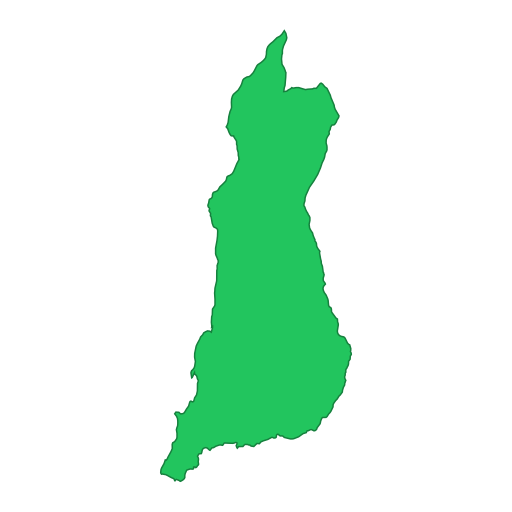 outline of Sibundoy, Putumayo, Colombia
{"feature_id": "7082276B87047054998240", "entity_name": "Sibundoy", "entity_type": "district", "adm_level": 2, "iso_a3": "COL", "parent_name": "Colombia", "parent_adm1": "Putumayo", "projection": "equal_earth", "projection_center": [-76.909, 1.238], "detail": "fine", "context": "isolated", "style": "filled", "palette": "green", "viewbox_px": 512, "rotation_deg": 0, "n_neighbors": 0, "source": "geoboundaries", "source_scale": "gbopen_adm2", "svg_char_len": 6062}
<svg xmlns="http://www.w3.org/2000/svg" viewBox="0 0 512 512"><path d="M226.2,126.9L227.7,128.7L229.1,132.5L230.1,134.4L231.0,135.6L231.9,135.9L233.6,135.9L233.9,136.9L236.4,140.8L236.6,141.9L236.6,144.4L237.1,145.7L237.2,149.1L238.2,152.5L238.3,155.6L238.8,157.2L238.8,159.0L239.2,159.3L236.9,163.5L233.7,171.3L232.2,173.7L230.0,175.3L228.1,176.0L227.1,176.7L226.8,177.5L226.4,179.5L225.7,181.1L222.4,184.5L219.9,186.8L218.2,189.8L217.4,190.7L216.1,191.4L213.6,192.3L213.1,192.8L212.5,194.3L212.3,196.7L211.9,197.7L210.9,198.6L209.6,199.2L209.2,199.8L208.7,202.8L207.9,205.2L208.2,206.8L209.6,208.4L209.6,209.0L209.1,210.2L209.1,211.0L210.6,213.4L210.4,215.8L211.1,216.8L212.2,223.2L213.3,226.2L214.0,227.1L215.9,227.9L217.5,229.3L217.7,231.1L217.5,236.2L217.0,240.5L215.6,248.1L215.6,252.4L215.6,253.8L216.0,255.3L217.2,258.0L217.7,259.6L218.2,260.3L218.2,262.6L217.7,263.6L217.5,264.5L217.1,265.5L217.2,269.0L216.8,270.4L216.7,280.1L216.6,281.2L215.0,288.1L214.8,291.4L214.6,293.0L215.0,299.1L215.0,304.7L214.6,306.0L212.5,309.1L212.3,314.9L211.7,316.7L211.4,322.2L211.8,326.3L211.7,327.0L212.5,326.4L212.5,327.8L211.3,332.2L209.9,331.2L207.5,330.9L205.5,331.8L203.7,332.9L202.7,334.8L200.6,337.0L199.8,339.1L197.5,343.3L196.2,346.1L194.7,353.4L194.6,357.1L195.4,361.5L194.7,366.2L194.0,368.1L192.6,369.9L191.6,370.7L191.0,372.4L191.0,373.4L191.7,377.8L192.2,377.5L194.5,372.7L194.6,374.0L196.3,375.4L196.9,376.6L197.4,378.8L198.3,380.5L198.2,381.3L197.5,383.5L197.4,391.0L196.5,395.0L194.6,397.9L193.9,400.8L193.3,401.6L192.4,401.9L190.9,401.1L190.1,401.5L189.7,402.3L188.6,406.1L186.4,409.2L184.9,411.8L184.0,413.0L183.0,413.6L180.9,413.9L180.2,413.6L178.9,412.3L175.9,412.1L174.7,413.8L176.5,416.2L177.5,418.5L177.8,421.0L177.8,423.7L177.6,425.9L176.9,427.7L176.4,429.7L177.0,433.2L177.0,437.3L176.6,438.9L174.7,441.6L172.7,442.8L172.2,444.4L172.3,448.6L171.0,451.6L168.0,457.1L167.2,458.9L166.2,460.2L165.3,459.9L164.1,463.5L161.6,468.0L161.0,469.6L160.7,472.5L161.0,473.6L161.6,474.2L162.3,474.0L166.0,474.7L171.5,477.7L173.5,478.5L174.2,479.2L174.7,480.7L175.0,480.8L175.8,479.7L176.4,479.4L179.2,480.5L179.9,481.1L180.4,481.3L181.5,480.8L183.2,479.7L184.3,478.6L184.8,477.5L184.8,475.4L185.1,473.8L186.4,470.7L187.0,470.0L190.0,469.0L193.0,469.1L193.6,468.5L193.6,467.1L193.9,466.9L195.1,467.1L195.3,467.5L195.8,467.6L196.7,467.0L197.6,465.5L198.2,465.1L198.6,464.2L198.2,461.8L198.5,459.1L198.3,458.0L197.5,456.2L198.8,454.1L199.2,453.8L201.3,453.6L201.7,452.7L202.3,449.8L202.7,449.1L203.7,448.3L205.0,447.7L206.3,447.7L207.4,448.2L209.5,450.1L210.0,450.3L211.9,447.9L213.6,447.6L215.9,446.2L218.8,445.2L220.0,444.9L222.6,445.3L223.0,444.9L224.1,443.2L224.6,443.0L232.5,443.3L234.0,443.1L235.3,442.5L236.6,442.6L237.0,442.9L237.0,444.0L236.2,445.6L236.7,447.2L237.3,448.2L237.9,447.6L238.4,446.6L242.9,446.5L243.4,446.0L244.2,445.0L245.1,444.4L247.6,444.5L248.8,445.0L249.9,445.0L250.4,445.7L251.3,446.1L253.8,446.5L256.9,443.5L259.4,443.7L260.9,441.9L263.4,440.8L267.9,439.4L271.6,437.4L272.6,437.4L273.7,438.0L275.0,438.0L276.1,437.4L276.6,435.0L277.3,434.3L278.1,434.3L280.1,435.9L282.4,435.9L283.4,436.5L284.2,437.4L290.3,438.9L292.3,438.9L293.7,438.7L298.6,436.8L303.1,433.6L306.3,432.6L306.6,431.7L307.2,430.8L308.4,430.7L310.3,429.7L311.6,429.6L313.9,430.8L314.8,430.7L315.6,430.3L316.6,429.3L317.2,427.6L320.0,423.9L320.3,423.0L320.7,420.9L321.8,418.2L322.6,417.5L326.0,417.4L327.0,416.6L328.7,413.9L329.9,412.7L330.9,411.3L333.0,406.9L333.1,404.6L333.9,403.0L335.6,400.6L337.2,399.0L338.9,396.2L340.3,394.9L342.3,392.1L342.6,389.6L343.0,388.9L343.1,388.1L343.6,386.9L344.6,385.1L344.8,383.0L345.2,382.2L345.3,381.4L345.8,380.7L345.6,379.9L344.8,378.4L344.7,377.5L344.7,376.4L345.2,375.1L345.2,373.2L345.8,372.3L345.8,369.6L346.9,368.0L347.4,366.6L348.0,365.8L348.5,364.0L348.6,361.3L350.1,359.2L350.3,356.1L351.3,354.5L351.2,353.1L350.4,351.6L350.7,350.5L350.8,348.6L349.7,344.8L348.7,344.4L347.5,343.1L345.1,338.2L344.4,337.3L343.4,336.8L341.4,336.4L340.1,335.9L338.6,334.7L337.7,333.2L337.3,331.1L338.3,324.8L338.1,323.2L337.6,322.1L337.4,319.0L336.0,318.1L331.7,312.2L331.5,311.5L331.4,309.1L331.1,308.1L330.7,307.5L329.4,306.9L328.6,305.5L328.1,300.3L327.8,299.1L326.1,295.1L324.3,292.6L323.5,290.8L323.0,288.9L323.2,287.2L323.9,285.8L325.4,284.1L325.0,283.1L323.5,281.0L323.2,280.0L323.2,278.0L323.9,275.8L324.1,274.6L323.7,273.8L323.7,273.0L323.2,272.3L322.4,266.3L321.3,263.3L321.2,261.2L320.6,259.0L319.6,253.4L319.6,252.1L319.9,251.3L317.8,248.5L316.7,246.3L316.4,243.4L315.9,242.2L314.9,240.9L314.9,239.4L314.4,238.6L313.2,235.6L312.5,232.9L310.8,230.4L309.6,228.0L309.1,224.3L309.9,220.5L309.9,217.6L309.3,216.1L308.3,214.7L307.8,213.4L306.6,211.5L305.6,209.4L304.8,207.0L303.9,205.7L304.0,203.7L304.9,200.9L305.1,197.8L305.9,195.2L309.5,187.2L313.8,181.0L317.7,174.4L320.4,168.1L322.1,162.9L323.8,159.4L324.6,157.1L325.2,153.6L326.7,150.9L327.0,149.7L327.0,147.4L326.9,146.0L326.1,143.0L326.2,140.2L326.5,138.8L327.3,137.0L329.3,133.9L329.0,131.6L330.2,129.4L330.6,127.1L332.0,125.0L333.9,124.9L334.9,124.1L336.3,122.0L337.0,120.1L338.6,117.5L339.0,115.9L335.2,109.4L334.4,107.1L334.1,105.1L330.9,97.5L330.3,95.2L327.0,88.4L324.9,86.9L322.6,84.1L321.1,83.1L320.2,83.5L316.4,88.3L313.8,88.3L312.5,88.9L307.8,89.2L305.4,89.6L298.7,87.6L296.1,87.6L293.4,88.1L292.3,87.9L291.8,87.6L290.7,88.7L288.2,90.0L286.7,91.2L283.7,91.6L284.3,87.7L285.0,85.5L285.7,77.5L285.9,72.5L285.6,72.1L285.1,70.4L284.0,67.6L282.0,64.3L281.5,59.0L281.9,54.8L282.4,53.6L282.4,50.3L282.6,49.2L283.5,46.0L286.3,39.9L286.8,37.8L285.9,33.4L284.3,30.7L281.9,34.3L279.9,36.2L277.0,37.7L272.9,41.8L270.5,43.7L269.1,45.1L267.8,46.8L267.0,48.8L266.5,51.4L266.4,54.3L265.7,57.6L264.9,58.8L263.4,60.5L261.1,62.5L257.9,64.6L257.0,65.6L254.1,71.2L253.1,72.8L250.8,75.3L249.4,76.5L246.9,77.0L245.5,77.8L244.0,78.7L242.9,80.0L241.7,83.9L240.7,86.1L239.4,88.2L238.2,90.1L233.4,94.4L232.4,96.2L231.6,99.0L231.4,102.5L231.6,107.3L231.2,109.0L230.1,111.4L229.4,114.2L228.8,116.7L228.1,122.5L227.2,125.2L226.2,126.9Z" fill="#22c55e" stroke="#15803d" stroke-width="1.5"/></svg>